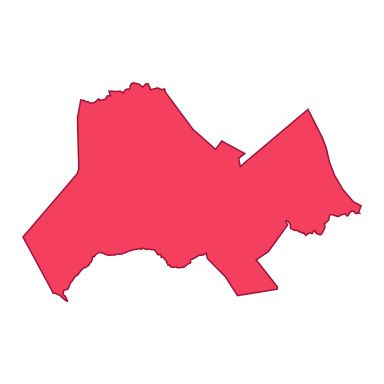 outline of Santa María Tecomavaca, Oaxaca, Mexico
{"feature_id": "50627088B6219155410913", "entity_name": "Santa María Tecomavaca", "entity_type": "district", "adm_level": 2, "iso_a3": "MEX", "parent_name": "Mexico", "parent_adm1": "Oaxaca", "projection": "mercator", "projection_center": [-97.1, 17.955], "detail": "fine", "context": "isolated", "style": "filled", "palette": "rose", "viewbox_px": 384, "rotation_deg": 0, "n_neighbors": 0, "source": "geoboundaries", "source_scale": "gbopen_adm2", "svg_char_len": 4738}
<svg xmlns="http://www.w3.org/2000/svg" viewBox="0 0 384 384"><path d="M164.6,88.9L161.9,89.6L157.7,87.9L150.9,89.7L148.0,83.7L146.7,83.6L145.2,84.4L143.0,87.1L139.2,84.3L133.5,82.8L131.4,83.7L130.2,85.8L130.2,88.1L128.7,89.4L127.8,89.1L126.2,89.3L124.3,91.0L123.4,93.2L121.1,91.5L120.0,91.2L117.4,91.5L109.0,91.1L110.4,95.7L107.2,95.9L105.8,98.5L104.9,99.4L99.9,100.4L99.4,99.2L98.4,99.0L97.3,100.2L94.5,102.4L90.5,103.3L87.8,101.4L86.6,102.2L85.6,101.7L84.4,100.6L80.8,99.9L77.5,117.8L78.4,154.2L78.6,160.4L78.8,169.0L77.0,174.0L23.0,237.0L52.1,291.0L53.1,293.2L54.2,293.2L55.1,293.4L55.9,293.4L56.7,294.0L58.0,294.7L59.1,295.0L59.8,295.1L60.4,295.4L60.6,296.1L61.3,296.9L62.0,297.4L62.8,298.0L63.3,298.6L64.0,299.1L64.6,299.7L65.4,300.2L66.6,301.1L67.5,301.2L67.5,300.7L67.0,299.8L66.3,298.7L66.1,297.8L65.7,297.5L65.4,297.0L65.4,296.7L65.2,296.7L64.9,296.3L64.8,295.8L63.6,294.9L63.6,294.6L63.0,293.7L62.8,293.5L63.5,292.5L63.1,292.1L63.7,290.8L64.6,290.0L66.2,289.7L67.5,289.2L68.3,288.6L68.7,287.6L69.2,286.1L69.8,284.7L70.4,283.1L71.2,282.0L72.0,281.4L72.5,280.4L73.2,279.4L74.1,278.1L74.7,277.2L75.3,276.5L76.1,275.9L77.2,275.4L78.1,274.5L79.1,273.1L80.3,271.4L81.3,270.3L82.0,269.5L82.9,268.6L83.7,268.0L84.9,267.7L86.2,267.2L86.8,266.6L87.3,266.0L88.2,265.7L88.8,265.4L89.0,264.7L89.4,264.0L89.8,263.4L90.1,262.7L90.7,262.2L91.5,261.6L91.6,261.2L91.8,260.2L92.2,259.7L92.2,258.9L92.4,257.5L92.9,257.0L93.7,256.5L94.2,256.7L94.8,256.0L95.7,254.8L96.7,253.9L98.1,252.8L99.2,252.5L100.1,252.5L101.3,252.8L103.5,253.5L104.1,253.8L104.5,254.0L105.5,254.4L106.4,254.8L107.2,254.9L108.3,255.3L110.3,255.1L112.1,255.1L113.3,255.0L114.2,255.1L115.0,254.5L115.9,254.8L117.0,254.1L118.0,253.9L118.3,253.9L118.7,254.2L119.4,254.2L119.9,253.9L120.6,254.0L121.1,254.1L121.9,254.0L122.9,253.7L123.6,252.9L124.7,252.7L125.4,252.9L125.7,252.5L126.5,252.0L127.3,251.8L127.8,251.3L128.7,251.0L129.7,251.0L130.9,250.6L131.9,250.3L133.0,249.8L134.1,249.6L135.0,249.5L135.8,249.4L136.3,249.2L137.1,248.7L137.5,248.8L137.9,249.1L138.5,248.9L139.1,248.6L139.7,248.9L140.4,248.9L140.9,249.3L141.5,249.3L142.2,248.4L143.2,248.1L144.2,248.6L145.0,249.0L145.9,249.3L147.5,249.4L149.1,249.1L151.4,249.6L153.5,249.7L154.5,250.3L155.4,251.0L156.0,251.7L156.7,252.9L157.2,253.9L157.8,254.7L158.6,254.8L159.7,254.6L160.9,254.8L161.1,255.8L161.2,257.4L162.0,257.1L162.9,256.9L163.5,257.5L164.2,258.9L165.0,259.7L166.2,260.6L166.5,261.8L166.7,262.7L167.1,263.0L167.5,263.4L167.9,263.9L168.0,264.2L167.9,264.6L167.8,265.1L168.9,265.1L169.5,265.0L170.1,265.7L170.1,266.3L170.3,266.5L170.7,266.6L171.0,266.9L171.5,267.1L172.1,267.1L172.8,266.9L173.3,267.1L173.9,267.4L174.9,267.0L175.4,266.7L176.1,266.6L176.5,267.4L177.7,267.6L178.8,267.8L179.5,267.8L180.5,267.4L181.9,267.4L182.4,267.4L182.8,267.4L183.4,267.4L184.1,267.1L184.8,266.7L185.6,265.9L186.2,265.3L187.0,264.6L187.8,264.2L188.4,263.8L189.6,263.3L190.0,263.2L190.4,262.9L190.7,262.2L190.7,261.5L190.3,260.9L190.4,260.1L191.1,259.5L191.9,259.3L193.1,258.8L194.1,258.4L194.7,257.9L195.5,257.5L196.2,257.0L196.9,256.7L197.5,256.4L198.4,255.6L199.0,255.2L199.7,255.2L200.8,255.3L202.0,255.2L202.8,255.0L204.2,254.4L205.3,253.6L206.3,253.2L207.4,258.6L225.2,276.5L237.5,295.6L258.1,292.3L277.1,289.2L277.3,286.8L273.3,281.7L256.2,259.8L268.2,251.8L283.0,231.4L283.9,230.0L287.1,225.6L287.3,225.5L287.6,225.0L286.1,222.1L285.6,221.3L287.2,220.6L289.5,223.0L290.5,225.1L290.6,225.6L290.4,226.3L290.3,227.1L290.7,228.5L294.6,230.4L296.1,230.4L296.5,230.6L297.3,230.5L298.3,231.2L298.8,231.5L299.4,231.9L300.1,232.1L301.1,232.1L302.3,232.5L302.1,232.8L302.7,233.3L303.5,232.9L304.2,233.2L305.1,234.5L305.6,235.4L307.5,234.3L307.9,233.6L309.5,232.9L310.0,232.9L311.3,233.5L312.1,233.6L314.3,230.3L314.9,230.4L315.4,232.2L315.8,232.9L318.1,234.3L320.5,234.8L322.4,233.0L325.0,227.1L324.6,223.2L325.9,222.8L328.8,220.0L329.2,215.6L330.1,214.8L332.2,214.7L337.2,216.4L338.5,216.5L341.1,215.0L344.9,213.9L347.3,216.0L348.3,215.3L350.1,212.2L351.7,211.3L353.1,210.9L355.7,213.6L359.2,213.1L358.6,212.8L361.0,205.7L353.5,201.9L342.5,189.1L341.6,187.3L336.7,179.0L335.8,177.5L334.9,176.0L333.9,173.5L332.9,171.0L332.5,169.8L331.7,167.9L331.1,166.2L330.2,163.9L329.5,162.3L329.5,162.0L328.4,157.4L327.7,154.5L327.3,152.6L326.9,150.8L326.3,148.2L326.2,147.9L325.4,145.8L324.7,143.8L324.0,142.0L322.5,137.9L322.3,137.7L322.2,137.3L318.9,130.9L318.4,129.9L316.2,125.6L316.1,125.3L313.2,119.6L312.6,118.6L312.0,117.3L310.7,114.7L310.1,113.6L308.0,109.4L245.2,162.3L244.0,163.3L243.5,163.9L242.0,165.1L241.8,165.3L241.6,165.4L240.2,166.6L238.8,159.1L238.9,158.1L244.8,153.6L223.1,141.8L221.9,140.9L217.8,146.4L215.5,149.3L193.1,129.5L183.5,116.6L165.6,92.5L164.6,88.9Z" fill="#f43f5e" stroke="#9f1239" stroke-width="1.5"/></svg>